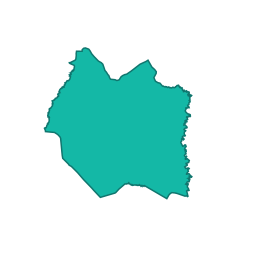 the district of Huai Thalaeng, Nakhon Ratchasima, Thailand, rotated 45°
{"feature_id": "78962969B28729751620750", "entity_name": "Huai Thalaeng", "entity_type": "district", "adm_level": 2, "iso_a3": "THA", "parent_name": "Thailand", "parent_adm1": "Nakhon Ratchasima", "projection": "orthographic", "projection_center": [102.635, 15.051], "detail": "fine", "context": "isolated", "style": "filled", "palette": "teal", "viewbox_px": 256, "rotation_deg": 45, "n_neighbors": 0, "source": "geoboundaries", "source_scale": "gbopen_adm2", "svg_char_len": 5807}
<svg xmlns="http://www.w3.org/2000/svg" viewBox="0 0 256 256"><g transform="rotate(45 128 128)"><path d="M72.2,188.9L79.2,183.1L82.9,182.3L86.1,182.4L87.6,182.9L100.9,193.9L103.3,195.6L111.1,195.6L112.7,195.9L115.1,195.2L123.9,195.2L133.3,195.9L144.9,196.1L147.8,196.3L157.5,196.6L164.8,183.2L165.0,182.4L164.8,177.6L165.4,169.7L166.5,168.7L166.5,168.2L167.4,167.4L167.3,166.4L167.8,166.6L168.1,166.3L168.4,166.5L169.0,166.2L169.6,166.3L170.4,165.5L170.6,165.5L170.7,165.9L171.0,165.8L171.0,165.3L171.5,165.4L171.6,165.0L172.1,165.0L172.6,163.9L173.2,163.5L173.8,162.7L174.2,162.7L174.5,162.0L174.9,161.9L175.2,162.0L175.5,161.6L175.9,161.1L176.1,160.3L176.5,160.6L176.9,160.0L177.5,159.8L178.3,160.0L178.3,159.5L178.7,159.3L178.6,158.9L179.2,159.1L179.1,158.7L179.6,158.4L179.7,158.0L180.6,157.9L180.6,157.5L180.2,157.4L180.3,157.1L205.4,150.5L204.3,146.5L204.2,145.2L204.6,142.8L207.0,140.8L209.1,139.5L216.5,135.9L217.5,134.4L218.5,134.5L218.7,134.0L217.7,133.2L217.2,133.2L216.7,132.6L213.9,131.1L213.9,130.6L214.6,130.0L214.5,129.6L214.2,129.5L214.1,129.2L215.2,129.2L215.3,129.0L213.4,128.0L211.9,127.9L211.1,127.1L210.2,125.0L209.7,125.0L209.5,125.3L209.5,125.7L210.0,126.1L209.9,126.5L208.5,126.9L208.5,125.7L208.0,124.2L208.4,123.5L209.1,123.1L209.1,122.7L208.6,121.7L207.5,121.5L207.5,121.2L208.0,120.7L207.8,120.3L207.5,120.3L207.1,120.8L206.1,121.1L206.7,120.0L206.7,119.7L205.6,119.0L207.5,118.2L207.7,117.9L207.5,117.2L205.8,117.5L203.6,117.2L202.8,117.9L202.2,119.2L201.9,119.2L201.3,117.0L201.4,116.0L199.3,114.9L200.0,114.0L199.9,113.4L198.8,113.7L197.5,115.8L195.6,115.4L196.2,112.4L195.9,112.1L194.6,112.3L194.1,112.0L194.7,111.1L194.8,110.3L195.3,109.5L194.3,107.6L193.3,107.8L191.8,107.8L191.4,108.0L191.2,109.0L190.8,109.4L190.4,109.4L190.0,108.9L189.7,106.7L189.3,106.6L189.1,107.4L188.9,107.6L188.0,107.8L187.3,107.5L187.0,106.1L187.3,105.2L185.5,104.4L185.8,103.5L184.8,102.7L184.6,102.6L184.2,103.2L183.9,102.5L182.9,102.8L182.1,101.2L182.3,100.1L180.8,99.3L180.5,99.4L180.0,100.0L180.1,101.3L179.6,102.2L175.5,100.9L175.2,100.3L175.2,99.4L174.6,98.5L173.7,97.9L173.6,97.4L174.0,97.1L175.5,97.2L175.5,96.2L173.0,96.0L172.6,95.6L172.9,94.1L173.9,93.5L173.9,92.9L172.0,92.5L171.5,92.0L170.7,90.9L170.8,89.3L170.6,89.0L169.2,89.6L168.6,89.5L168.5,89.1L168.6,87.4L169.5,86.5L169.5,86.0L169.1,85.6L166.2,85.4L165.5,86.4L164.6,85.3L164.6,84.9L165.0,84.4L165.2,83.4L164.9,83.2L164.4,83.8L164.1,83.4L164.4,82.6L165.1,81.8L164.6,81.6L164.2,82.2L163.3,82.4L163.3,82.1L164.1,79.8L163.4,79.5L162.9,79.0L161.7,78.9L161.6,78.6L161.8,78.1L162.7,77.6L163.0,76.8L162.6,76.4L162.7,76.1L163.1,75.7L163.8,75.9L163.8,75.5L162.5,74.6L162.0,74.8L162.2,75.3L162.0,75.5L161.0,75.2L160.1,75.8L157.5,75.8L156.3,75.4L155.5,73.2L155.0,73.2L154.7,73.0L155.1,72.3L155.9,71.9L156.1,71.1L156.8,70.4L156.0,70.0L155.3,70.4L154.1,69.7L154.5,68.7L154.4,68.2L153.4,67.3L153.1,66.4L153.4,65.8L153.0,65.5L152.9,65.0L151.8,65.2L151.7,64.1L150.8,63.5L150.5,62.8L149.2,62.4L150.1,61.0L150.0,60.0L149.2,60.2L149.0,61.3L148.5,61.6L148.2,61.6L148.3,60.6L147.8,60.6L147.1,62.0L147.7,62.2L147.6,62.5L146.6,62.0L146.5,60.1L146.2,59.6L145.8,59.4L144.7,60.0L144.2,61.1L143.9,61.1L143.2,60.3L142.9,60.4L142.6,61.7L142.1,61.9L142.0,62.2L141.8,61.9L141.5,62.1L141.3,61.9L141.2,62.6L141.0,62.4L140.9,62.7L140.4,62.6L140.3,62.2L139.5,62.6L138.9,61.9L138.1,61.9L137.8,61.5L137.5,62.0L136.6,62.1L136.4,62.6L135.8,62.5L135.9,62.1L135.4,62.2L135.6,62.4L135.5,62.6L135.2,62.4L134.7,62.5L133.7,62.0L133.4,62.1L133.4,62.4L132.7,63.1L132.6,63.5L132.8,64.4L132.4,65.2L132.7,65.8L132.2,66.8L131.0,67.3L131.1,67.6L130.8,67.8L130.4,69.0L129.5,69.5L129.2,70.0L128.6,69.8L128.1,70.4L127.6,70.4L127.4,71.3L126.2,71.5L126.0,71.9L125.4,72.0L125.2,72.7L124.5,73.1L123.4,73.3L123.2,73.8L122.8,74.0L118.9,73.7L117.1,74.8L114.3,75.5L110.7,74.1L109.3,69.5L108.2,68.2L105.5,67.8L101.7,68.0L94.2,65.9L93.7,68.2L91.4,74.4L90.0,85.5L89.0,90.9L87.9,92.6L87.1,94.9L86.9,96.9L87.7,100.0L87.2,101.3L86.4,102.4L84.7,103.0L81.1,105.9L79.3,105.4L77.2,104.4L76.1,104.5L73.3,103.8L70.7,103.6L70.4,103.3L65.1,100.7L62.9,100.7L59.8,101.6L53.4,101.5L49.8,101.2L46.7,100.3L44.5,100.0L41.3,101.5L40.3,102.9L40.2,104.9L41.3,106.2L37.3,110.1L38.7,112.0L40.2,113.4L42.3,116.0L42.6,117.0L42.6,117.6L41.1,122.0L41.3,122.2L40.3,123.3L40.6,123.5L41.4,123.4L45.5,121.8L46.4,122.1L47.8,124.0L48.4,125.2L48.7,125.2L48.7,125.6L48.2,125.9L48.0,126.6L48.9,127.0L48.7,127.5L48.3,127.3L48.3,129.0L48.7,129.5L48.5,129.8L48.9,129.7L49.0,129.9L49.5,130.0L49.4,130.3L49.7,130.5L49.5,130.9L49.8,131.0L49.7,131.3L49.4,131.6L49.8,131.6L49.8,132.6L50.9,132.3L51.1,132.8L51.4,132.9L52.3,134.6L52.5,136.6L51.5,137.6L51.9,139.4L51.7,140.2L51.9,140.5L51.6,140.7L52.0,141.0L52.3,140.8L52.7,141.9L52.6,142.5L53.0,142.6L53.0,143.2L53.4,143.9L53.1,144.3L53.5,144.4L52.8,144.9L52.9,145.4L53.3,145.5L53.1,146.6L52.8,146.5L53.0,147.1L52.6,147.5L52.7,149.0L53.0,150.0L54.0,150.8L53.8,151.1L54.6,151.2L54.3,151.5L54.7,152.4L54.4,152.5L54.3,152.9L54.6,153.9L55.3,153.9L55.6,154.3L55.9,154.1L56.2,154.5L56.1,154.8L56.4,154.9L56.1,155.4L56.1,156.1L56.5,156.4L56.4,156.7L56.1,157.9L55.9,158.0L56.0,158.4L55.7,158.6L56.1,160.0L56.0,160.7L55.6,161.0L55.7,161.8L55.2,162.4L57.0,163.4L57.0,164.1L57.5,164.4L57.9,164.2L58.1,165.2L58.4,165.2L58.6,165.4L59.0,166.2L59.1,168.1L59.4,168.8L59.1,169.4L58.8,169.6L58.8,170.1L59.5,170.9L59.9,170.9L60.4,171.7L60.4,172.0L61.0,172.7L60.8,173.2L61.1,173.2L61.4,173.6L61.2,173.9L61.7,174.2L61.5,174.5L62.0,174.9L62.2,175.7L62.6,176.0L63.1,176.0L63.5,176.8L63.9,176.6L64.2,175.9L64.6,176.0L64.8,176.4L65.2,176.4L65.2,176.9L65.8,177.5L66.6,177.9L67.5,179.2L68.0,180.0L68.1,180.7L67.9,180.8L68.1,181.5L68.5,181.7L68.3,182.0L68.6,182.1L68.7,183.3L69.9,185.6L69.2,186.5L69.1,187.2L69.8,187.3L70.1,187.7L71.4,188.2L72.2,188.9Z" fill="#14b8a6" stroke="#0f766e" stroke-width="1.5"/></g></svg>